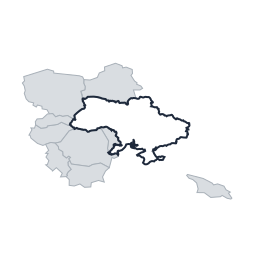 Ukraine and the surrounding countries, rotated 4°
{"feature_id": "UKR", "entity_name": "Ukraine", "entity_type": "country or territory", "adm_level": 0, "iso_a3": "UKR", "parent_name": "Europe", "parent_adm1": "", "projection": "natural_earth1", "projection_center": [31.244, 48.371], "detail": "fine", "context": "with_neighbors", "style": "outline", "palette": "slate", "viewbox_px": 256, "rotation_deg": 4, "n_neighbors": 9, "source": "natural_earth", "source_scale": "50m", "svg_char_len": 9249}
<svg xmlns="http://www.w3.org/2000/svg" viewBox="0 0 256 256"><g transform="rotate(4 128 128)"><path d="M111.0,64.3L117.7,66.3L118.5,68.4L121.9,67.4L128.1,69.3L128.7,73.2L127.3,75.4L131.3,80.7L133.9,82.3L133.5,83.7L137.9,85.2L139.8,87.4L137.3,89.2L130.8,89.7L133.9,97.8L128.4,98.2L126.4,100.1L125.9,104.3L117.4,103.9L115.8,101.9L113.3,103.4L92.0,99.3L86.9,99.5L83.3,101.8L80.1,102.1L80.2,98.4L78.3,94.6L82.3,92.9L82.4,89.6L80.7,86.4L80.6,82.8L86.8,82.8L93.9,79.7L95.5,75.1L100.8,72.5L100.3,68.8L111.0,64.3Z" fill="#d9dde1" stroke="#a8b0b8" stroke-width="1"/><path d="M80.6,82.8L80.7,86.4L82.4,89.6L82.3,92.9L78.3,94.6L83.2,109.4L82.4,111.8L79.1,112.7L72.8,119.7L74.4,123.5L66.8,119.8L62.0,121.0L59.0,120.1L55.0,121.9L51.8,118.9L49.0,120.1L45.9,115.4L41.0,114.9L40.6,112.3L36.1,111.4L35.0,113.5L31.6,111.8L32.1,109.5L27.3,108.7L24.4,106.1L22.1,100.7L22.9,97.9L21.6,93.4L19.5,90.5L21.5,88.2L20.4,84.0L43.5,75.0L49.8,76.4L50.2,78.4L75.9,79.3L79.2,80.2L80.6,82.8Z" fill="#d9dde1" stroke="#a8b0b8" stroke-width="1"/><path d="M69.6,128.6L73.2,130.9L73.6,133.2L69.5,135.0L61.8,146.5L56.3,148.2L52.1,147.8L44.3,151.3L38.8,149.7L31.9,144.9L30.8,142.1L29.7,142.0L32.3,136.5L31.1,134.7L34.8,134.6L35.6,131.2L41.2,134.3L46.9,133.2L47.5,131.5L57.3,129.4L61.2,126.9L68.2,129.5L69.6,128.6Z" fill="#d9dde1" stroke="#a8b0b8" stroke-width="1"/><path d="M99.7,130.3L105.7,128.3L113.3,131.2L116.3,133.5L115.8,136.4L118.2,137.8L119.1,141.3L122.2,145.6L114.4,145.5L114.9,147.0L111.8,152.7L110.1,153.6L109.0,149.7L109.5,142.3L101.7,131.2L99.7,130.3Z" fill="#d9dde1" stroke="#a8b0b8" stroke-width="1"/><path d="M110.1,153.6L113.1,155.2L116.3,153.8L119.3,155.3L119.5,157.5L116.2,159.3L114.1,158.5L112.1,168.9L103.2,164.9L95.2,166.9L91.8,169.1L74.0,167.9L70.9,162.9L72.6,161.4L70.9,160.3L68.7,162.3L64.9,159.8L64.5,156.2L60.4,154.2L59.8,151.5L56.3,148.2L61.8,146.5L69.5,135.0L76.5,131.4L84.9,132.4L87.9,134.4L95.2,132.3L96.9,130.3L99.7,130.3L101.7,131.2L109.5,142.3L109.0,149.7L110.1,153.6Z" fill="#d9dde1" stroke="#a8b0b8" stroke-width="1"/><path d="M72.1,164.4L74.0,167.9L91.8,169.1L95.2,166.9L103.2,164.9L112.1,168.9L108.6,172.5L106.0,178.6L108.1,183.6L102.2,182.4L95.2,185.1L95.0,189.4L88.8,190.2L84.0,187.2L78.4,189.6L73.3,189.3L73.0,183.6L69.7,180.8L70.8,179.6L70.1,178.6L71.4,175.9L74.1,173.2L70.9,169.5L70.4,166.3L72.1,164.4Z" fill="#d9dde1" stroke="#a8b0b8" stroke-width="1"/><path d="M189.8,171.2L190.6,170.2L206.5,173.1L216.0,177.2L217.3,178.8L221.3,177.5L227.8,179.3L230.1,182.8L234.5,184.8L232.8,186.0L236.5,190.7L235.6,191.7L231.8,191.2L226.6,188.7L225.0,190.1L215.4,191.5L208.6,187.2L201.3,187.6L202.2,183.9L200.3,178.0L196.2,174.9L192.4,173.9L189.8,171.2Z" fill="#d9dde1" stroke="#a8b0b8" stroke-width="1"/><path d="M73.0,123.0L68.2,129.5L61.2,126.9L57.3,129.4L47.5,131.5L46.9,133.2L41.2,134.3L35.6,131.2L35.1,128.2L36.7,125.3L42.0,124.6L46.7,119.6L51.8,118.9L55.0,121.9L59.0,120.1L62.0,121.0L66.8,119.8L73.0,123.0Z" fill="#d9dde1" stroke="#a8b0b8" stroke-width="1"/><path d="M46.9,150.0L52.1,147.8L56.3,148.2L59.8,151.5L60.4,154.2L64.5,156.2L64.9,159.8L68.7,162.3L70.9,160.3L72.6,161.4L70.9,162.9L72.1,164.4L70.4,166.3L70.9,169.5L74.1,173.2L71.4,175.9L70.1,178.6L70.8,179.6L69.7,180.8L64.1,181.5L65.6,177.7L59.3,172.6L55.3,176.6L55.9,175.9L48.5,170.5L50.1,170.1L51.3,166.0L48.2,162.7L50.1,159.0L47.6,159.0L50.4,155.8L46.9,150.0Z" fill="#d9dde1" stroke="#a8b0b8" stroke-width="1"/><path d="M155.9,151.8L157.5,154.0L158.3,154.8L158.9,155.1L159.5,155.1L160.8,154.5L161.4,154.4L162.6,154.6L163.0,154.2L163.7,153.9L164.5,153.9L166.4,154.4L165.6,155.8L165.2,157.2L164.1,157.6L162.9,157.5L161.7,157.8L160.9,157.2L160.4,156.9L159.6,156.8L159.0,157.0L158.2,158.0L156.9,158.7L156.4,159.5L155.1,159.3L153.9,159.4L152.3,160.2L151.0,161.8L149.6,162.7L148.5,163.0L147.5,163.0L146.8,162.7L145.4,161.6L145.5,161.3L145.9,160.5L146.4,158.6L146.4,158.0L146.0,157.0L144.9,156.2L144.0,156.3L143.5,156.1L141.7,154.8L140.7,154.7L139.6,155.0L139.2,154.8L138.9,154.3L141.1,152.7L143.2,151.4L144.1,151.2L145.4,150.6L146.7,149.7L146.5,149.0L146.2,148.4L145.1,148.7L144.0,148.2L143.6,147.7L141.8,148.2L140.9,148.1L138.7,148.5L137.7,148.1L135.7,147.0L135.0,146.8L134.4,146.8L134.0,146.5L134.4,146.3L135.4,146.1L135.6,145.9L135.5,145.6L134.5,145.3L133.6,145.2L132.5,144.5L133.6,144.5L134.7,144.8L136.4,144.9L137.9,145.2L139.4,144.0L137.9,144.4L136.3,144.1L135.8,143.8L135.3,143.2L135.1,142.6L135.2,142.0L135.1,140.9L134.4,139.4L133.9,138.9L134.4,140.0L134.6,140.7L134.9,141.3L134.8,143.1L134.6,143.7L134.0,143.9L132.3,143.6L132.6,142.6L132.1,142.9L131.5,143.9L130.9,144.0L129.7,143.9L127.4,144.5L126.9,146.1L126.5,147.0L125.5,148.3L123.5,150.4L120.8,151.5L119.9,151.3L119.5,151.6L119.3,152.0L119.3,152.7L119.8,153.2L120.2,154.9L120.0,155.6L119.1,154.6L118.0,154.2L116.8,154.3L115.5,155.1L114.6,155.3L113.8,155.1L113.7,155.5L113.9,155.6L113.6,155.8L111.6,155.3L110.7,154.8L110.0,153.9L110.6,153.5L111.9,153.4L112.0,152.9L111.9,152.1L112.4,151.5L113.1,151.0L113.5,150.5L113.6,149.8L114.3,149.4L115.0,148.8L115.1,148.2L115.4,147.7L115.0,146.8L114.9,146.1L114.9,145.6L115.1,145.3L116.3,144.7L116.6,144.8L116.7,146.0L117.1,145.9L117.4,145.3L117.6,145.4L118.0,145.5L118.4,145.4L119.1,145.8L119.5,145.8L120.1,145.4L120.4,145.5L121.0,146.2L122.6,146.0L122.9,145.6L121.6,144.6L121.7,143.1L121.5,142.6L121.3,142.2L120.2,141.7L119.4,141.2L119.2,141.0L119.2,140.3L118.9,139.9L118.8,139.6L119.0,139.1L119.1,138.6L119.0,138.4L118.0,137.9L117.7,137.5L116.5,136.8L116.3,136.6L116.3,136.2L116.7,135.1L116.9,134.5L116.9,134.1L116.8,133.2L116.3,132.5L116.1,132.4L115.3,132.8L115.0,132.6L114.6,132.3L114.0,131.2L112.4,130.9L111.9,131.5L111.7,131.0L111.4,130.8L111.1,131.0L111.0,130.9L111.2,130.4L110.8,130.2L109.9,130.2L109.4,130.0L109.4,129.7L109.1,129.5L108.6,129.4L108.1,129.1L107.7,128.7L107.0,128.4L105.9,128.2L104.9,128.7L104.5,128.6L103.8,129.1L101.6,129.1L101.2,128.9L99.8,129.7L99.7,130.0L97.6,130.5L97.4,131.3L96.6,132.3L91.9,133.0L90.0,133.7L89.3,134.4L88.1,134.6L86.0,132.8L85.4,132.7L83.4,133.0L82.6,132.7L82.2,132.8L80.0,132.3L78.3,132.3L76.9,131.5L76.5,131.5L75.9,132.2L74.7,132.7L74.5,132.2L74.1,131.3L73.4,131.3L72.8,131.1L72.4,130.5L71.8,130.2L71.3,130.0L71.1,129.8L70.7,128.8L69.9,128.8L70.0,127.4L71.1,126.4L71.8,124.8L72.7,123.5L72.8,123.1L73.1,123.1L74.6,123.6L74.8,123.4L74.9,123.1L74.0,122.3L74.2,121.3L73.7,119.2L74.1,118.6L76.4,116.2L78.0,114.7L81.0,112.2L82.7,111.9L83.3,111.1L83.5,110.9L83.6,110.2L83.3,109.3L82.8,108.7L83.0,108.5L83.4,108.5L83.7,108.2L82.9,107.4L82.6,107.0L82.2,105.9L81.0,104.4L80.9,104.0L81.1,103.6L81.0,103.2L80.6,102.6L80.7,101.8L81.3,101.6L81.9,101.6L82.3,101.7L82.9,102.1L84.1,101.4L85.1,100.5L85.4,99.9L85.7,99.7L88.9,99.4L90.3,99.2L91.6,99.1L95.8,99.3L98.9,99.9L99.3,100.2L101.3,100.5L103.7,100.7L104.7,102.0L106.7,101.9L107.3,102.2L107.2,102.9L107.3,103.0L107.6,102.9L108.2,102.1L108.4,102.0L109.3,102.3L109.8,102.2L110.2,101.9L110.5,101.9L112.0,102.2L112.7,102.2L113.2,102.4L113.5,103.1L114.0,103.3L114.4,102.7L114.8,102.4L115.7,102.2L116.2,101.7L116.5,101.7L116.7,101.8L116.9,102.1L117.7,103.5L118.0,103.7L119.4,103.3L121.7,103.1L122.7,102.9L123.4,103.0L124.3,103.6L124.5,104.2L125.2,104.7L125.9,104.7L126.1,104.3L126.4,104.0L126.2,103.0L125.8,102.0L126.1,101.2L126.7,100.2L127.2,99.5L128.7,98.2L129.3,98.0L130.2,98.2L131.1,97.7L132.6,97.7L133.9,97.8L135.2,98.2L136.1,98.2L137.2,97.7L137.7,96.3L138.1,96.0L138.6,96.0L140.6,96.5L141.2,96.5L142.8,95.8L143.7,95.7L144.7,95.8L146.6,95.7L147.1,96.0L147.8,96.5L148.4,97.3L149.1,98.8L150.9,100.4L151.0,100.8L150.8,101.0L149.2,101.3L149.1,101.6L149.7,102.3L149.7,103.4L149.9,103.9L150.2,104.1L150.2,104.3L149.8,104.8L151.6,105.0L153.1,105.5L155.4,105.2L155.6,105.4L156.0,106.4L156.3,106.6L157.0,106.6L157.2,106.8L157.0,107.1L157.0,107.4L157.3,107.7L157.5,108.6L157.9,109.2L157.9,109.6L157.6,110.2L157.7,110.8L158.3,111.5L158.6,111.6L158.9,112.2L159.5,112.4L160.9,111.7L162.4,111.9L162.9,112.2L163.2,112.7L163.7,113.0L164.1,112.8L164.9,113.0L165.7,113.6L166.6,112.9L168.1,112.5L169.1,112.4L170.4,111.8L171.0,111.9L171.5,112.5L172.0,112.9L172.2,113.5L172.9,114.4L175.2,116.0L175.8,115.8L175.9,115.7L176.0,115.1L176.2,114.9L176.5,114.9L177.8,115.6L179.1,115.7L181.0,116.8L181.7,116.9L182.6,116.5L183.5,117.5L184.6,117.6L186.7,118.9L187.3,119.0L188.4,118.7L188.7,118.9L188.8,119.2L188.6,119.6L188.6,120.1L189.1,120.6L189.1,121.2L189.0,121.6L188.7,122.1L187.6,123.2L186.3,123.7L186.4,124.1L186.7,124.5L188.3,125.0L188.4,125.3L187.8,125.5L187.0,125.4L186.5,126.0L186.1,127.2L186.9,127.4L187.4,127.6L187.8,128.7L187.8,129.2L187.6,129.4L187.6,129.7L188.3,129.9L188.3,130.2L187.9,130.8L187.2,132.5L187.2,133.2L187.0,133.5L184.7,133.6L181.4,133.4L180.9,133.6L180.2,134.6L179.7,135.1L178.9,135.4L177.9,135.5L177.4,136.0L177.2,136.6L177.2,137.2L176.9,138.0L177.4,138.4L177.3,138.7L177.0,138.9L176.9,139.2L177.0,139.9L176.8,140.0L174.5,139.9L172.6,140.1L171.2,141.4L170.4,141.4L169.3,141.8L168.5,142.2L167.6,143.1L166.9,142.7L166.0,142.7L165.2,143.0L164.2,143.6L163.6,143.7L162.5,143.6L161.1,143.9L158.3,146.0L157.4,147.5L157.0,147.8L156.6,148.2L155.8,148.3L157.5,146.9L157.6,146.1L157.2,145.5L156.1,147.0L154.6,147.6L154.6,148.6L154.7,149.3L155.1,150.3L155.9,151.8ZM136.5,147.9L133.5,147.4L132.6,147.0L132.3,146.6L132.2,146.1L133.1,146.9L135.6,147.5L136.5,147.9Z" fill="none" stroke="#1e293b" stroke-width="2"/></g></svg>